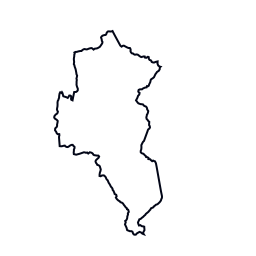 the district of Piraí do Sul, Paraná, Brazil, rotated 51°
{"feature_id": "56859067B71584283665697", "entity_name": "Piraí do Sul", "entity_type": "district", "adm_level": 2, "iso_a3": "BRA", "parent_name": "Brazil", "parent_adm1": "Paraná", "projection": "orthographic", "projection_center": [-49.926, -24.444], "detail": "fine", "context": "isolated", "style": "outline", "palette": "ink", "viewbox_px": 256, "rotation_deg": 51, "n_neighbors": 0, "source": "geoboundaries", "source_scale": "gbopen_adm2", "svg_char_len": 5013}
<svg xmlns="http://www.w3.org/2000/svg" viewBox="0 0 256 256"><g transform="rotate(51 128 128)"><path d="M42.9,79.0L42.6,80.0L42.0,80.9L40.8,82.1L40.3,83.0L40.5,84.4L41.4,85.9L41.6,86.8L40.9,87.9L40.2,89.7L40.3,91.1L40.7,92.0L42.4,92.6L43.9,93.5L45.1,93.7L46.0,94.8L46.6,96.7L47.2,98.8L46.9,100.9L46.6,102.0L45.9,103.2L45.4,104.0L45.4,105.4L43.6,105.7L42.8,106.2L42.0,107.7L41.5,109.1L41.2,110.2L40.7,110.9L39.2,112.2L38.9,113.1L38.7,114.4L38.9,115.7L38.1,116.7L37.3,118.2L36.6,119.9L35.8,121.0L35.6,122.2L36.7,122.6L37.2,123.6L38.3,124.5L39.8,126.2L40.6,126.9L41.8,127.7L42.8,128.3L43.7,129.3L44.4,130.0L45.4,130.1L46.3,130.6L47.2,131.0L48.8,131.5L49.7,131.9L51.0,132.6L52.5,133.4L53.8,134.2L55.3,134.6L56.3,135.8L57.2,137.0L58.4,137.5L59.6,138.8L61.0,139.9L62.0,140.8L63.7,141.6L65.9,142.3L67.0,143.2L67.4,144.3L67.3,145.6L66.2,147.2L68.1,149.5L69.4,151.1L71.6,153.7L70.4,154.3L69.6,154.0L68.2,152.6L67.3,152.2L66.4,152.5L65.8,153.2L66.4,154.6L66.7,155.9L65.3,156.5L62.6,158.3L61.1,157.6L59.5,156.9L58.6,156.8L58.9,157.7L57.6,158.2L58.1,159.4L59.3,160.8L60.2,161.7L61.2,162.6L61.6,163.4L62.3,164.3L62.8,165.6L64.0,166.9L64.7,167.4L65.6,168.1L66.9,169.3L67.9,170.5L68.8,171.5L70.1,172.0L71.2,172.2L72.0,173.4L72.2,174.5L72.0,175.8L72.3,176.8L72.5,177.8L73.5,178.8L74.7,178.9L75.9,178.5L77.0,178.2L78.3,178.2L79.0,178.9L80.1,180.2L80.9,181.2L81.7,181.7L82.3,182.7L82.5,184.8L83.8,186.1L84.8,186.2L85.7,186.2L87.3,186.7L88.5,186.5L89.5,185.3L90.5,185.9L91.2,186.9L92.0,187.6L99.1,192.5L100.2,191.4L100.8,190.4L101.3,189.2L101.9,188.2L102.8,188.2L104.0,187.7L104.9,186.8L105.1,185.7L105.2,183.8L105.6,182.5L106.3,181.6L107.4,181.7L108.9,181.4L109.9,182.1L110.7,183.6L111.8,184.5L112.8,185.6L114.2,186.5L116.1,185.1L117.5,182.0L118.1,180.4L119.1,177.6L119.8,176.9L120.9,176.2L121.3,175.2L122.8,175.0L122.8,173.0L123.5,172.4L124.5,171.8L125.8,171.5L126.9,171.7L127.8,171.4L129.0,170.3L130.0,169.4L130.8,168.4L132.0,168.4L132.6,169.6L132.8,172.6L133.0,173.5L133.7,174.4L135.0,174.8L136.2,174.8L137.3,175.1L138.1,174.5L139.0,174.1L140.0,174.0L141.4,174.6L143.0,175.2L144.2,176.6L144.8,177.7L145.5,178.5L146.2,179.3L147.4,180.3L148.3,179.6L148.5,178.1L149.6,176.6L151.0,176.3L152.3,176.3L153.8,176.8L154.9,176.9L155.8,176.7L156.8,177.0L158.4,177.5L159.9,177.6L161.6,177.9L162.7,178.2L164.1,178.1L165.3,178.2L166.5,178.9L167.6,178.8L168.5,179.1L169.5,179.3L170.8,179.9L172.5,179.2L173.9,179.8L174.4,181.2L176.0,181.4L177.1,181.3L178.4,181.1L179.8,180.5L180.9,180.6L182.0,179.8L183.5,179.4L185.0,179.6L186.7,179.6L188.3,179.7L189.7,179.4L190.5,179.9L191.6,179.3L192.6,179.7L193.7,180.2L194.2,181.8L195.2,182.4L196.3,184.2L197.4,185.2L198.1,186.2L198.6,187.6L198.5,188.7L199.9,189.2L201.0,191.0L203.8,191.7L204.6,191.9L205.6,192.4L206.9,192.9L208.3,192.1L209.4,191.5L210.2,190.4L211.3,189.8L213.4,190.5L214.8,190.3L215.8,189.1L215.5,187.3L216.0,184.4L217.4,183.6L219.2,183.3L220.4,182.6L219.1,182.4L218.2,180.8L217.9,179.7L217.1,179.0L215.9,178.2L214.9,177.5L214.0,178.1L213.1,179.0L212.2,179.3L211.3,179.5L210.7,180.8L209.3,180.4L207.8,179.8L207.1,178.7L206.8,177.8L206.1,176.7L206.6,175.4L206.5,173.6L206.6,172.0L206.4,170.9L206.4,169.2L206.0,168.3L206.0,167.1L206.0,165.0L205.6,163.0L205.5,162.0L204.9,160.7L205.3,159.3L205.6,158.2L205.2,157.4L205.3,156.2L205.2,154.6L205.6,153.7L205.8,152.6L205.7,151.5L205.6,150.1L205.1,148.1L204.2,146.8L203.7,145.7L202.9,144.9L202.0,144.3L198.3,142.4L195.2,140.7L176.4,130.3L173.0,128.5L170.9,128.0L170.0,128.6L169.1,129.0L169.0,130.1L167.5,130.4L166.3,130.4L165.0,131.7L164.1,130.9L162.9,131.3L162.0,132.2L161.1,131.8L159.9,132.1L158.8,132.1L157.6,132.3L156.8,132.9L155.9,133.3L154.7,133.3L153.7,132.4L153.0,131.2L152.1,130.3L151.2,129.5L150.3,128.9L149.6,128.2L149.0,126.8L148.5,125.8L148.2,124.9L148.1,123.7L142.7,114.7L142.2,114.0L141.8,113.1L141.9,111.8L141.4,110.6L140.2,109.9L139.0,109.8L138.1,109.0L136.6,107.6L135.3,107.8L133.9,107.7L132.6,107.8L131.2,107.0L130.3,105.7L129.5,104.9L129.3,104.0L128.7,103.0L127.6,101.6L126.6,101.5L125.6,101.4L124.7,100.8L123.6,100.5L122.5,100.6L121.4,101.3L120.4,101.6L119.2,101.5L118.2,102.3L117.4,103.2L116.4,103.8L115.4,104.4L114.1,104.5L112.9,104.4L111.6,104.4L111.2,103.6L110.8,102.4L110.0,101.0L109.3,99.9L109.1,98.2L108.0,96.9L106.8,97.2L105.9,96.9L105.1,95.7L105.5,94.3L106.7,92.9L106.7,91.7L107.0,90.4L107.4,89.1L108.1,88.0L107.4,86.8L108.1,86.3L108.2,85.3L107.3,83.9L106.4,81.9L104.9,80.0L104.7,79.1L104.9,77.8L104.9,75.9L104.2,74.4L103.4,72.8L103.2,71.8L102.7,70.2L102.8,69.2L102.9,68.0L102.3,66.4L101.0,65.2L100.9,64.2L100.1,64.8L98.5,65.2L97.5,64.9L96.4,64.5L95.7,63.8L94.9,63.1L93.9,65.2L93.7,66.2L93.0,67.2L91.6,68.0L90.6,67.7L89.7,67.7L88.7,68.4L87.6,68.3L86.7,67.9L86.0,67.3L85.2,67.7L84.9,69.7L83.9,70.5L83.0,70.0L82.3,70.7L81.2,73.1L79.4,73.8L78.1,74.0L77.1,74.3L76.1,75.2L75.4,76.5L74.2,77.1L73.3,77.2L72.4,78.0L71.1,78.1L69.8,77.7L69.0,76.8L67.9,76.3L67.0,76.2L66.2,77.2L65.2,77.8L64.3,78.2L61.4,79.4L60.9,80.2L60.7,81.8L59.1,82.1L48.3,80.1L43.7,79.2L42.9,79.0Z" fill="none" stroke="#020617" stroke-width="2"/></g></svg>